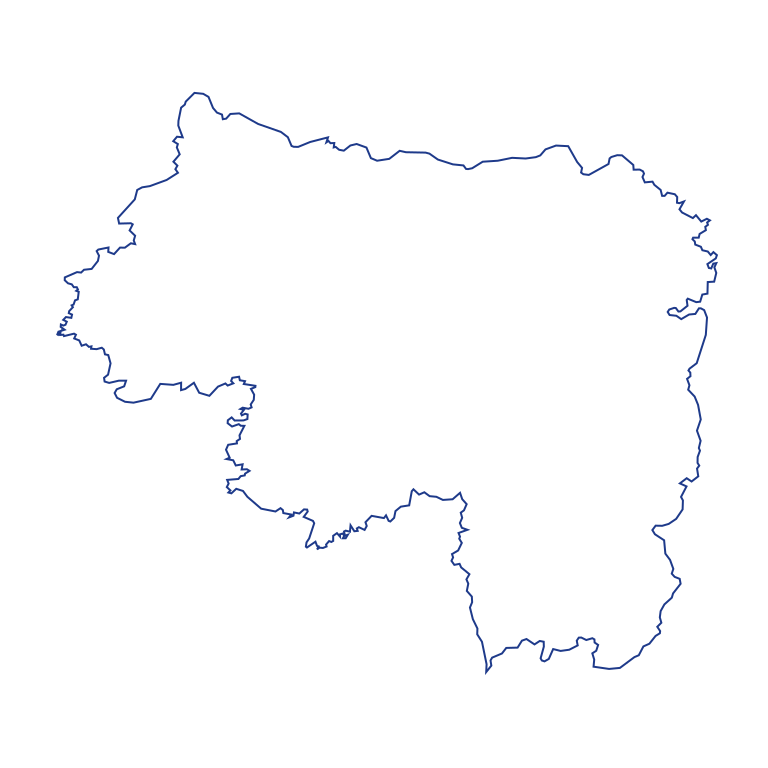 the district of Betafo, Vakinankaratra, Madagascar, rotated 272°
{"feature_id": "10022922B74688195218658", "entity_name": "Betafo", "entity_type": "district", "adm_level": 2, "iso_a3": "MDG", "parent_name": "Madagascar", "parent_adm1": "Vakinankaratra", "projection": "robinson", "projection_center": [46.435, -19.892], "detail": "fine", "context": "isolated", "style": "outline", "palette": "blue", "viewbox_px": 768, "rotation_deg": 272, "n_neighbors": 0, "source": "geoboundaries", "source_scale": "gbopen_adm2", "svg_char_len": 6114}
<svg xmlns="http://www.w3.org/2000/svg" viewBox="0 0 768 768"><g transform="rotate(272 384 384)"><path d="M659.3,176.0L656.3,175.2L653.1,171.6L639.8,169.4L635.1,169.4L623.5,174.2L623.9,168.5L619.3,164.9L616.6,169.6L613.2,168.7L606.4,171.8L598.8,165.8L595.0,169.9L591.4,168.0L587.9,170.7L580.3,159.6L573.6,143.1L572.1,135.4L569.3,130.6L559.8,128.5L540.7,112.3L535.1,113.7L535.8,125.4L534.8,127.3L528.6,124.4L523.5,130.1L518.7,128.9L515.1,130.4L515.8,126.1L511.2,120.3L511.1,115.4L504.4,109.7L506.4,103.8L510.8,103.9L508.4,93.8L506.8,92.2L502.3,94.7L497.0,93.8L488.8,87.8L487.7,80.2L484.8,77.4L485.1,73.3L479.4,61.3L476.6,61.3L473.6,64.7L472.7,68.5L469.9,70.6L470.0,73.6L467.8,74.8L466.4,73.2L465.5,75.7L457.9,75.0L456.8,72.3L452.6,71.0L451.7,69.1L449.9,70.4L445.8,66.8L443.8,66.5L442.5,69.8L439.2,69.2L439.8,63.8L436.9,61.2L435.2,64.8L432.1,63.6L431.2,61.5L432.2,59.0L429.8,58.9L427.1,62.9L424.9,56.8L422.2,55.8L421.7,56.6L424.9,58.9L421.7,58.7L422.1,61.9L420.7,62.5L423.5,72.5L422.5,74.4L418.7,72.8L416.9,77.9L411.7,80.5L413.3,84.8L410.8,87.8L411.4,90.3L409.0,90.0L408.8,95.6L410.4,100.7L408.7,102.8L403.9,104.1L403.3,107.4L395.1,110.0L383.7,107.9L380.4,104.0L376.7,104.7L375.5,109.3L378.1,119.0L378.3,126.1L372.6,124.4L369.4,117.1L365.6,115.1L360.9,117.7L357.2,125.8L356.6,134.3L361.0,151.5L376.3,160.4L375.8,173.5L378.2,181.2L370.8,181.4L372.1,185.6L378.6,194.0L368.8,199.6L366.1,209.9L375.6,218.2L379.0,225.5L377.0,227.8L379.4,233.4L381.7,231.1L384.9,232.2L386.2,238.9L382.7,239.8L382.0,245.0L379.1,243.9L377.7,255.6L376.4,255.5L374.5,251.2L368.8,254.6L363.6,254.4L358.9,251.5L356.0,252.5L354.5,249.4L355.4,243.6L354.0,241.4L353.3,244.9L349.4,242.1L347.7,243.0L349.4,246.3L348.8,248.8L344.2,248.7L342.7,244.9L342.3,236.0L345.3,232.9L342.3,229.2L339.4,229.1L336.2,233.6L338.8,240.3L337.3,242.3L337.3,245.9L327.7,241.4L324.1,242.0L321.8,238.8L319.5,239.1L317.8,230.4L312.8,228.4L305.0,232.3L303.5,229.3L302.5,236.0L297.4,238.7L298.8,245.5L293.6,244.7L294.0,250.0L292.5,252.6L289.6,248.3L287.8,248.0L286.9,244.0L284.0,241.8L282.7,230.6L279.1,232.2L275.5,230.5L272.3,234.2L270.1,232.3L269.4,235.3L274.1,240.0L272.2,246.8L266.5,251.4L255.1,265.6L252.8,280.0L256.3,284.9L254.5,287.3L251.5,287.9L250.3,295.9L247.4,293.8L249.2,298.1L252.5,298.5L251.6,303.9L255.9,308.4L255.8,311.6L253.9,312.2L248.4,308.4L244.7,317.8L242.4,319.1L227.0,314.6L223.0,312.1L218.7,311.6L217.9,312.7L224.0,321.0L219.9,322.7L219.4,324.3L216.4,322.9L218.2,325.3L218.0,328.7L219.6,332.3L221.5,331.7L225.1,334.6L224.3,336.9L225.4,338.7L230.5,338.5L233.3,342.2L229.9,345.4L232.2,345.3L233.1,347.9L230.9,349.6L228.4,348.3L228.5,351.1L232.1,353.1L231.0,350.3L235.2,349.2L236.1,350.8L235.2,355.1L241.6,355.5L235.8,359.5L236.3,362.8L238.7,361.9L240.0,363.9L237.5,369.7L241.5,371.7L245.2,370.3L251.8,376.2L250.0,388.6L252.8,390.6L247.4,393.4L246.8,395.1L250.6,398.8L257.4,399.9L262.0,405.1L263.6,413.4L277.8,415.5L279.8,417.1L274.7,422.9L277.2,428.1L273.5,433.5L273.1,440.3L270.2,446.9L271.2,456.6L277.9,463.8L271.6,466.2L266.8,470.8L260.5,468.3L258.1,465.2L253.0,466.8L247.7,464.7L243.0,466.8L241.2,472.5L237.7,463.7L234.1,465.3L232.0,464.6L227.9,467.3L220.2,463.9L216.4,457.9L213.1,459.1L209.6,457.6L205.7,460.6L206.9,465.8L203.4,467.5L196.9,476.0L191.6,473.2L187.4,475.2L180.1,474.0L174.6,479.2L169.0,479.7L163.6,477.7L152.1,481.0L142.9,485.9L137.1,485.9L129.8,490.9L107.5,496.3L99.7,496.2L106.3,501.1L111.4,500.1L114.3,501.6L118.8,511.3L124.5,515.4L125.2,526.7L132.3,530.8L134.1,535.3L129.0,543.5L132.6,548.6L132.0,552.6L127.1,552.9L115.3,550.1L113.2,551.4L112.4,554.1L115.0,558.3L125.0,562.3L123.4,569.8L124.9,578.4L129.5,586.7L134.2,585.6L137.3,587.5L137.5,590.0L135.2,595.1L137.2,601.1L136.1,603.2L133.0,603.5L130.7,607.1L124.8,605.4L122.1,601.6L115.9,603.7L108.8,603.3L107.1,618.9L108.5,629.7L119.8,643.8L121.8,648.1L130.8,652.4L133.7,658.3L141.7,664.2L144.5,668.4L146.7,668.6L150.9,665.6L155.1,669.5L160.4,667.8L166.7,668.4L173.5,671.9L180.5,679.1L184.8,680.2L194.7,687.4L199.6,686.3L201.4,681.2L204.5,678.2L209.3,679.6L218.2,676.0L224.3,671.1L237.6,669.4L243.3,660.0L247.4,657.3L251.9,660.4L252.0,667.0L254.1,673.4L259.4,680.7L269.1,686.8L278.1,686.8L281.5,684.8L292.2,689.9L295.0,683.2L300.4,689.8L297.3,694.8L302.7,701.3L310.4,699.8L313.4,701.9L316.1,700.1L322.0,700.0L328.4,702.1L331.0,700.9L338.3,702.4L348.3,698.4L359.6,701.8L374.1,698.6L382.3,694.9L388.9,688.2L393.4,689.3L399.7,686.7L402.5,690.0L406.1,689.7L408.1,687.8L410.0,688.8L415.7,695.8L444.3,703.9L461.7,704.5L469.0,701.4L470.7,698.0L470.6,696.1L464.9,692.7L464.1,686.5L459.2,678.8L462.4,673.8L462.9,667.0L465.9,665.0L468.4,666.5L470.2,671.3L470.1,673.0L466.7,675.7L466.9,677.7L472.8,684.6L478.5,683.6L479.9,684.6L476.7,693.2L477.3,697.1L484.5,699.0L485.6,704.1L497.2,704.0L497.8,710.4L506.6,712.2L512.1,710.1L516.4,711.9L515.8,708.9L510.9,707.0L511.3,704.6L515.1,703.0L521.1,711.2L524.4,712.2L527.3,708.6L524.3,706.0L527.7,703.0L528.8,697.5L532.2,695.9L534.2,690.2L537.3,689.6L539.5,687.2L541.0,687.8L541.2,693.4L545.0,694.2L549.0,700.3L552.3,699.6L554.4,702.2L556.7,701.3L558.9,704.0L560.4,700.9L557.4,695.4L563.6,689.9L560.6,686.9L565.8,675.9L568.9,673.2L576.9,677.4L575.0,672.8L575.4,670.5L581.1,670.5L583.8,668.0L585.1,660.6L581.8,657.9L581.7,655.4L587.6,653.7L592.5,647.2L595.6,645.3L594.6,637.6L599.9,635.1L603.3,636.5L605.6,635.4L607.2,632.1L606.9,626.0L611.6,625.5L620.8,613.9L620.8,609.1L618.8,603.3L617.3,601.6L611.7,600.7L600.1,581.4L600.6,575.9L602.2,573.6L606.9,574.4L612.6,569.3L628.1,559.8L628.3,547.6L624.1,537.2L617.9,532.2L616.0,527.8L614.3,517.7L614.5,504.1L611.1,489.9L609.6,474.9L602.7,464.6L601.7,460.5L601.8,458.5L605.2,455.8L605.9,445.2L610.2,430.0L615.8,421.4L616.7,417.5L616.4,397.8L617.6,391.5L609.2,381.4L606.9,369.3L609.3,363.0L619.7,358.2L622.9,348.3L621.2,342.1L615.8,335.7L616.5,331.0L619.3,327.4L618.7,325.5L623.1,325.9L622.8,322.1L625.0,320.0L623.5,318.0L628.5,319.4L623.3,301.8L618.0,290.0L617.9,285.6L618.7,283.3L627.3,279.3L632.3,272.2L639.5,249.1L649.4,229.9L648.5,221.0L643.7,217.0L643.0,213.7L647.6,212.7L649.4,207.6L653.9,203.5L664.8,198.6L667.7,193.2L668.3,184.4L659.3,176.0Z" fill="none" stroke="#1e3a8a" stroke-width="2"/></g></svg>